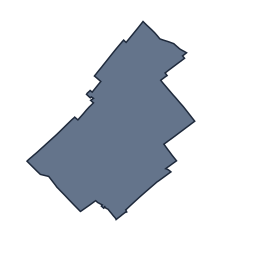 Diosti, Dolj, Romania, rotated 217°
{"feature_id": "2599482B74391152424394", "entity_name": "Diosti", "entity_type": "district", "adm_level": 2, "iso_a3": "ROU", "parent_name": "Romania", "parent_adm1": "Dolj", "projection": "albers", "projection_center": [24.185, 44.122], "detail": "fine", "context": "isolated", "style": "filled", "palette": "slate", "viewbox_px": 256, "rotation_deg": 217, "n_neighbors": 0, "source": "geoboundaries", "source_scale": "gbopen_adm2", "svg_char_len": 2627}
<svg xmlns="http://www.w3.org/2000/svg" viewBox="0 0 256 256"><g transform="rotate(217 128 128)"><path d="M186.1,149.8L186.1,149.5L186.1,149.3L185.7,149.3L183.8,149.2L182.3,149.1L180.8,149.0L177.7,148.8L177.9,144.5L178.1,138.0L178.2,135.1L180.8,135.2L180.8,134.9L180.9,134.5L181.2,132.8L181.5,131.2L181.4,130.4L181.4,129.9L177.7,129.5L176.3,129.4L176.0,130.8L173.4,130.9L174.0,129.0L174.5,127.6L171.1,127.3L170.7,127.3L171.3,123.3L171.6,121.6L171.8,119.6L172.0,117.4L172.1,115.7L172.2,113.7L172.3,112.1L172.9,104.3L177.1,104.6L177.1,104.4L177.9,100.5L178.8,94.7L179.6,89.3L181.0,80.1L183.7,65.9L184.1,63.6L185.0,59.1L185.8,54.7L186.4,51.8L186.9,49.8L187.5,46.8L188.1,44.3L188.5,42.2L188.6,41.5L188.7,41.1L188.7,40.7L187.3,40.5L176.5,39.0L175.1,38.8L170.1,38.2L162.2,41.6L152.3,38.9L149.0,37.9L147.4,37.7L143.7,37.1L137.8,36.2L132.6,35.3L125.2,34.1L115.8,32.7L115.5,33.4L112.1,43.9L111.2,46.9L110.1,50.5L108.0,50.3L107.3,50.3L107.1,50.3L106.0,50.5L105.2,50.6L102.2,51.1L102.3,49.6L99.8,49.4L99.1,49.3L99.0,49.6L99.0,49.8L99.1,50.5L99.4,51.2L99.3,51.3L98.9,51.0L98.4,50.8L98.0,50.8L97.3,50.7L96.8,50.8L96.2,50.9L95.4,51.1L95.1,51.1L94.6,51.0L93.8,50.8L91.5,50.2L90.1,49.9L87.8,49.3L86.6,49.0L85.0,48.7L84.5,48.6L84.2,48.5L83.5,48.3L83.0,48.1L82.7,47.9L82.4,47.7L82.1,48.9L82.0,49.3L80.8,53.7L80.7,54.3L79.8,57.6L79.5,58.9L79.3,59.3L79.2,59.6L78.9,59.5L78.7,59.9L78.5,60.2L78.7,60.3L80.6,61.3L80.4,61.8L79.6,66.5L79.4,67.6L77.2,79.7L75.6,87.4L72.5,101.8L72.4,102.3L71.7,104.3L70.3,108.9L68.6,114.5L68.1,116.2L67.5,118.2L67.3,118.8L68.8,118.9L69.9,118.9L70.6,118.9L71.6,118.7L72.7,118.5L73.4,118.2L73.2,119.1L72.2,122.2L71.1,125.9L69.5,131.0L76.2,132.7L81.2,134.2L83.1,134.7L89.6,136.7L87.9,142.4L86.6,146.6L78.8,173.6L83.0,174.7L91.2,176.9L96.5,178.3L98.3,178.7L102.3,179.5L105.8,180.3L108.5,180.9L111.7,181.5L119.8,183.3L127.4,185.0L130.6,185.8L129.8,188.6L128.5,193.0L128.3,193.4L129.7,193.8L131.5,194.3L131.0,196.0L130.4,198.3L127.4,208.7L124.8,217.7L127.8,218.4L127.1,221.1L126.5,223.3L127.5,223.2L129.9,222.9L130.8,222.7L133.1,222.4L134.2,222.3L135.9,222.4L136.5,222.5L137.2,222.5L141.0,222.8L141.8,222.9L142.3,222.9L142.9,222.7L144.2,222.3L145.5,221.9L146.3,221.7L148.4,221.0L150.6,220.2L153.5,219.2L155.1,218.7L155.9,218.4L156.8,218.5L160.1,219.3L163.9,220.1L168.2,220.7L172.0,221.1L174.9,221.4L180.1,222.1L180.1,221.8L180.2,216.9L180.3,213.0L181.0,195.2L184.4,195.6L184.5,194.2L184.6,193.4L184.8,189.3L185.1,183.9L185.2,181.0L185.3,178.0L185.4,173.8L185.6,165.9L185.7,162.6L185.7,160.9L185.8,159.1L185.9,156.6L186.0,152.9L186.0,151.7L186.1,150.0L186.1,149.8Z" fill="#64748b" stroke="#1e293b" stroke-width="1.5"/></g></svg>